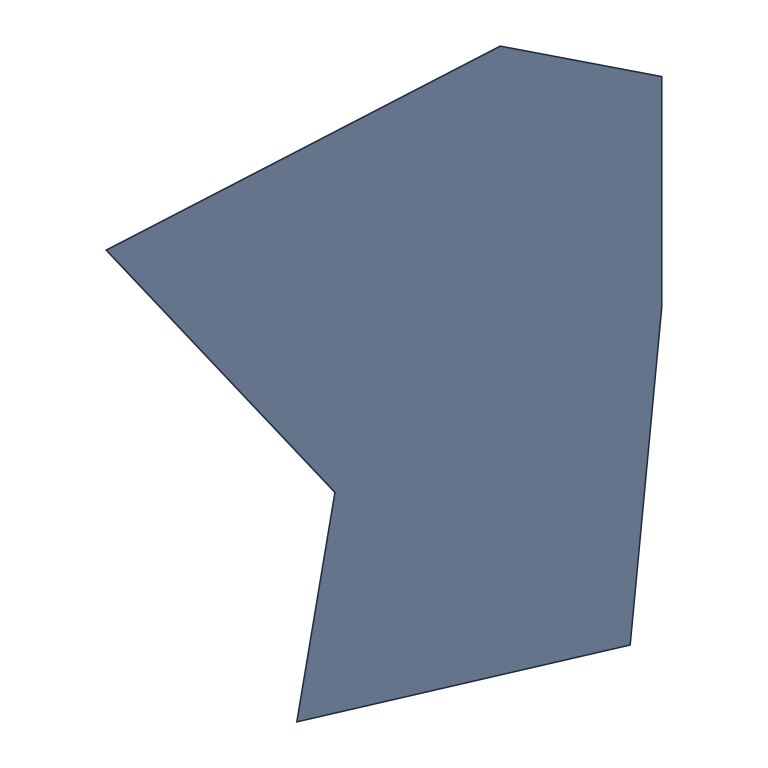 an SVG outline of English River
{"feature_id": "SYC-5213", "entity_name": "English River", "entity_type": "state/province", "adm_level": 1, "iso_a3": "SYC", "parent_name": "Seychelles", "parent_adm1": "", "projection": "orthographic", "projection_center": [55.454, -4.609], "detail": "fine", "context": "isolated", "style": "filled", "palette": "slate", "viewbox_px": 768, "rotation_deg": 0, "n_neighbors": 0, "source": "natural_earth", "source_scale": "10m", "svg_char_len": 225}
<svg xmlns="http://www.w3.org/2000/svg" viewBox="0 0 768 768"><path d="M661.8,76.6L661.8,307.1L630.2,645.0L296.8,721.9L334.9,492.4L106.2,250.1L500.2,46.1L661.8,76.6Z" fill="#64748b" stroke="#1e293b" stroke-width="1.5"/></svg>